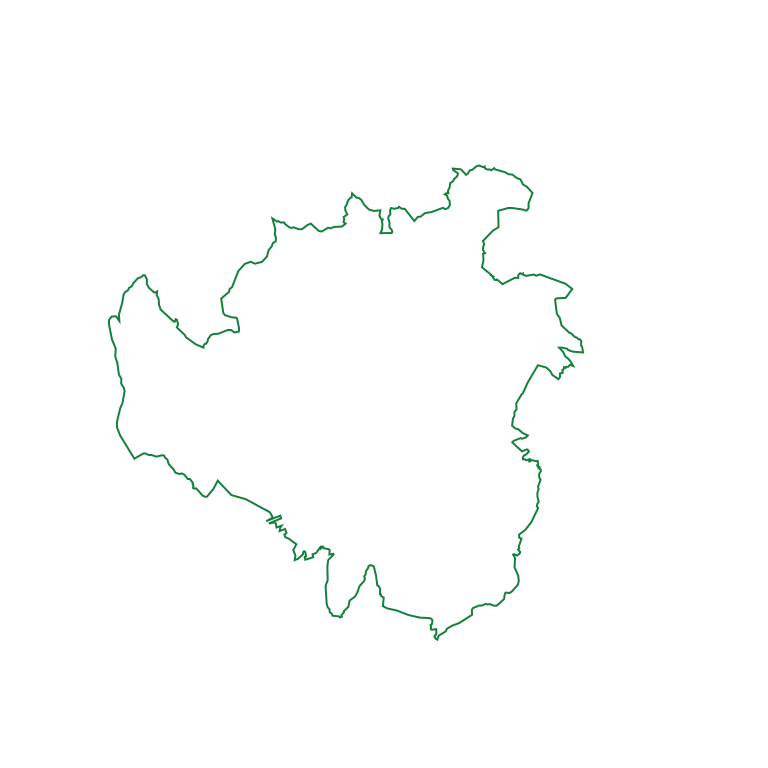 the district of Aquixtla, Puebla, Mexico, rotated 49°
{"feature_id": "50627088B80645890031295", "entity_name": "Aquixtla", "entity_type": "district", "adm_level": 2, "iso_a3": "MEX", "parent_name": "Mexico", "parent_adm1": "Puebla", "projection": "albers", "projection_center": [-97.929, 19.78], "detail": "fine", "context": "isolated", "style": "outline", "palette": "green", "viewbox_px": 768, "rotation_deg": 49, "n_neighbors": 0, "source": "geoboundaries", "source_scale": "gbopen_adm2", "svg_char_len": 6165}
<svg xmlns="http://www.w3.org/2000/svg" viewBox="0 0 768 768"><g transform="rotate(49 384 384)"><path d="M435.8,179.6L427.5,181.2L403.5,194.5L402.3,197.9L399.8,199.1L395.5,205.9L392.8,207.3L391.8,206.6L391.6,207.7L389.7,208.5L390.0,211.4L392.0,213.1L389.6,215.7L386.4,229.0L379.2,230.2L379.3,231.1L378.0,232.1L374.8,231.8L374.7,231.0L372.1,232.1L371.6,231.5L360.2,233.5L355.6,227.5L350.7,223.8L351.5,221.9L347.8,221.4L345.5,219.1L344.2,216.6L341.0,215.6L339.7,201.4L340.8,194.7L328.2,184.2L332.6,174.9L334.7,172.3L343.1,165.0L346.1,163.3L346.8,162.0L345.9,159.3L342.4,156.3L337.3,146.6L329.0,146.8L324.5,148.2L319.1,146.8L315.3,148.8L310.4,149.6L307.3,152.4L303.6,153.7L294.7,159.5L293.4,159.2L293.0,162.9L291.3,163.5L290.2,165.1L287.9,166.3L285.9,165.3L285.5,166.8L281.4,169.0L280.3,171.4L280.3,176.7L279.1,179.0L280.2,182.7L280.0,184.8L272.5,185.1L266.6,190.7L268.3,191.4L272.8,190.1L274.0,190.3L275.2,192.5L275.3,196.7L276.3,198.8L275.8,202.3L278.6,205.4L280.2,209.1L282.2,210.3L280.9,211.8L280.7,213.7L283.4,212.8L285.6,214.1L288.9,214.4L292.3,217.0L293.2,220.4L292.1,223.2L289.8,223.8L285.4,235.3L281.9,241.0L281.7,246.4L280.1,249.0L280.9,254.2L265.4,253.4L263.5,255.5L260.1,256.5L260.5,257.5L258.7,261.1L255.9,263.2L256.8,265.4L260.0,267.8L260.5,270.6L262.0,272.4L265.3,273.6L269.2,277.0L272.5,277.0L274.6,277.9L275.1,279.2L267.8,287.7L266.1,284.1L262.1,280.1L259.6,279.0L259.1,277.0L257.1,277.8L254.1,277.2L250.5,272.8L246.9,278.0L242.4,280.9L235.8,281.4L230.3,280.3L226.8,281.0L225.4,282.5L219.2,283.0L221.9,286.0L221.4,287.4L221.9,290.6L224.4,294.8L225.0,297.3L227.8,299.4L232.0,300.5L231.5,304.9L234.0,306.3L235.3,308.4L237.8,307.7L237.6,312.4L232.6,318.8L231.5,322.2L229.4,323.6L228.0,331.0L225.8,332.8L214.9,334.0L213.8,337.6L213.4,344.1L211.4,346.7L206.5,349.4L205.6,351.3L203.9,352.6L198.6,353.7L196.5,353.4L194.4,356.0L191.6,357.1L191.2,358.1L185.8,359.6L196.1,364.6L199.4,368.3L202.5,369.4L205.3,372.1L204.8,375.5L206.4,378.3L207.3,383.3L211.0,388.6L211.8,395.9L208.5,402.5L204.3,404.4L202.0,410.4L203.2,419.9L211.3,435.3L211.0,438.1L212.8,440.5L212.7,450.8L225.0,458.7L227.7,458.9L234.3,454.8L237.0,451.9L238.2,451.9L246.9,456.9L249.2,459.2L246.9,463.1L242.9,464.0L240.7,466.5L237.5,475.9L234.4,480.0L233.5,482.7L234.7,487.4L236.3,489.5L236.9,492.0L236.1,493.0L236.5,494.6L238.1,496.4L230.3,500.1L218.7,502.8L216.4,502.2L205.4,503.2L203.7,500.1L199.6,498.2L198.5,498.6L199.7,501.2L198.2,501.9L181.5,503.7L176.7,501.9L172.0,498.3L167.8,497.3L165.4,494.5L164.8,496.8L164.0,497.5L156.7,498.3L152.8,497.3L149.5,494.3L145.0,493.2L144.0,494.2L144.0,497.2L142.7,500.5L143.5,507.3L144.8,510.2L144.2,513.4L145.3,515.6L144.8,519.3L145.7,521.9L150.9,528.2L157.8,538.6L162.8,542.4L157.1,541.8L154.4,545.4L155.3,549.5L158.8,552.6L171.8,560.0L181.4,563.3L186.9,568.8L193.1,571.4L203.0,577.9L207.7,578.8L211.2,582.0L216.4,583.0L219.1,584.3L226.9,594.0L229.0,598.6L235.7,608.1L238.5,611.5L241.9,614.1L249.7,616.9L276.6,621.4L278.5,611.4L279.7,609.7L283.1,608.2L285.3,605.9L289.4,603.5L292.4,597.9L294.0,596.9L295.7,597.5L298.9,597.1L303.2,599.0L310.7,598.8L313.9,599.6L317.5,597.7L318.8,595.3L321.3,594.2L327.1,594.4L328.5,592.8L333.6,593.2L334.1,594.2L335.7,594.4L337.1,596.3L338.4,596.0L339.5,594.2L349.3,594.1L351.8,593.0L352.9,591.5L351.3,581.6L347.9,572.9L367.6,572.1L380.4,563.8L405.9,554.3L411.9,555.5L410.2,562.9L415.3,548.7L417.9,549.8L413.7,562.4L416.7,557.3L418.4,557.1L421.8,559.3L423.7,554.3L424.3,556.4L426.5,559.2L428.5,553.8L432.5,555.4L432.3,558.0L434.7,559.0L438.4,557.3L447.5,555.3L449.8,561.4L455.2,563.3L458.3,566.9L459.4,563.9L459.5,559.8L459.4,557.1L457.8,555.1L457.8,554.0L459.1,553.6L462.9,555.9L462.4,557.2L465.0,558.7L468.3,551.1L465.6,549.6L467.0,546.2L465.2,538.4L465.9,537.7L466.8,539.0L467.0,536.7L468.6,537.1L472.0,534.4L473.7,533.9L476.8,537.1L478.9,533.7L479.6,534.0L480.3,541.6L484.5,546.4L495.2,555.3L498.0,560.5L512.2,571.4L515.5,573.0L518.2,572.9L520.7,574.7L523.0,574.1L525.2,574.8L529.9,570.4L531.3,570.4L532.0,568.4L530.6,567.8L529.9,563.9L529.1,563.5L528.8,557.1L524.9,552.0L525.4,545.6L524.1,541.5L520.5,535.1L519.6,528.3L518.4,526.1L516.1,525.1L515.8,523.2L513.3,520.1L512.6,517.0L511.3,515.1L511.8,513.1L514.0,511.6L515.4,511.6L523.5,515.8L531.6,521.2L533.0,520.6L536.1,521.3L539.9,524.9L540.9,524.5L541.7,525.3L545.1,524.4L550.9,530.6L555.6,528.7L563.4,522.9L574.4,517.1L584.1,510.0L589.9,503.8L592.3,502.2L594.2,502.6L596.6,505.2L596.4,507.0L597.8,507.5L599.6,509.5L600.8,509.2L603.3,505.4L607.0,508.6L607.5,511.5L609.5,512.2L611.9,511.5L609.8,507.9L611.2,499.8L610.0,496.9L611.2,490.8L613.7,484.2L616.0,469.0L612.1,465.9L611.5,463.6L613.7,457.4L615.6,455.2L616.6,451.6L618.3,450.5L619.7,448.4L623.7,446.3L625.3,444.0L625.1,434.6L621.5,430.2L621.3,429.0L624.1,426.3L624.5,423.7L623.3,414.6L621.2,411.6L616.6,408.4L608.0,405.8L601.4,399.3L597.5,398.5L597.7,397.6L600.9,396.0L600.8,392.6L600.2,391.4L597.0,391.5L596.8,389.7L595.1,388.9L590.9,381.7L588.7,382.8L586.3,380.8L586.8,372.9L584.9,363.5L578.7,349.0L576.7,349.0L574.9,346.7L574.5,344.6L569.5,342.0L566.7,339.5L564.7,336.2L562.4,335.0L559.1,328.7L556.6,328.3L553.7,326.0L552.7,322.9L551.4,321.8L549.2,322.5L548.9,321.1L547.0,322.2L545.9,321.7L546.4,320.9L545.7,320.1L542.8,318.5L542.1,319.8L538.6,322.2L537.9,325.2L537.1,324.9L537.0,323.3L536.2,323.2L534.9,326.7L533.3,327.1L532.0,328.6L530.4,327.3L529.8,325.5L530.4,323.1L530.1,319.0L527.8,318.6L527.0,319.3L525.3,324.1L512.2,325.5L512.0,323.3L514.0,317.7L514.7,316.2L515.9,315.7L517.4,311.8L517.2,309.2L512.0,311.5L506.3,312.3L503.7,314.1L499.5,314.7L494.7,309.3L493.7,306.5L490.8,304.1L490.0,300.5L485.4,297.0L482.1,287.0L482.2,285.5L477.3,274.9L470.8,255.5L478.1,250.7L483.3,250.1L487.6,251.0L494.8,249.2L494.3,246.6L491.5,244.3L492.8,241.9L490.5,240.2L490.9,239.4L489.4,237.0L490.9,236.5L490.5,235.3L491.9,233.6L491.5,231.0L494.6,229.4L490.2,228.5L485.8,228.3L482.1,229.1L477.0,227.7L471.5,228.0L473.1,225.9L477.7,222.6L479.3,222.7L483.5,220.2L490.8,213.1L485.8,210.0L484.2,210.0L481.0,206.9L478.7,206.9L477.7,207.9L475.5,208.0L473.8,209.1L468.6,209.5L466.9,210.5L456.3,211.6L449.5,208.0L444.2,207.4L432.5,199.5L432.6,197.5L438.2,190.4L435.8,179.6Z" fill="none" stroke="#15803d" stroke-width="2"/></g></svg>